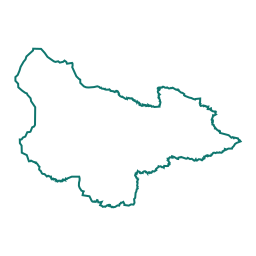 Dan Chang, Suphan Buri, Thailand (Albers equal-area conic projection)
{"feature_id": "78962969B17842271183719", "entity_name": "Dan Chang", "entity_type": "district", "adm_level": 2, "iso_a3": "THA", "parent_name": "Thailand", "parent_adm1": "Suphan Buri", "projection": "albers", "projection_center": [99.604, 14.892], "detail": "fine", "context": "isolated", "style": "outline", "palette": "teal", "viewbox_px": 256, "rotation_deg": 0, "n_neighbors": 0, "source": "geoboundaries", "source_scale": "gbopen_adm2", "svg_char_len": 5825}
<svg xmlns="http://www.w3.org/2000/svg" viewBox="0 0 256 256"><path d="M18.1,83.7L18.3,87.3L22.1,90.6L25.2,92.8L26.9,93.4L27.5,94.9L30.6,98.3L31.1,101.2L35.2,107.2L35.0,124.9L34.1,126.5L32.2,127.3L30.5,131.6L29.8,132.0L27.3,132.2L25.3,136.6L23.0,137.5L21.7,139.3L20.9,139.6L19.8,139.5L19.9,143.2L21.6,145.6L21.8,152.7L26.8,155.1L28.9,161.3L30.2,161.2L31.0,160.6L33.3,161.8L36.0,162.5L35.8,163.1L36.6,163.3L37.4,164.0L38.7,166.1L39.5,166.7L39.1,169.3L39.7,170.3L40.6,170.7L41.9,173.3L42.5,173.8L44.6,174.1L46.9,176.5L47.7,175.9L48.4,175.8L49.2,176.4L49.7,176.3L50.7,177.2L51.0,177.0L51.2,178.6L51.9,179.3L52.8,178.7L53.3,179.3L53.6,178.9L54.0,179.2L54.9,179.0L56.0,179.6L55.7,180.5L56.5,180.5L56.5,181.2L57.3,181.1L57.7,181.5L58.7,180.7L59.8,180.7L60.6,180.9L60.5,181.4L60.9,181.5L61.4,180.8L62.4,181.2L62.8,180.8L62.5,180.1L62.8,179.6L64.7,180.2L64.4,179.7L65.0,179.8L65.8,179.1L65.9,178.6L66.8,179.1L67.5,178.4L71.7,176.7L79.2,176.7L79.6,178.2L79.6,180.2L79.0,182.7L78.9,185.8L79.6,187.8L81.5,190.7L83.7,191.4L83.1,192.5L82.6,195.2L89.5,196.3L91.6,200.7L92.5,201.6L94.2,201.8L94.4,201.4L95.8,201.9L97.5,199.4L97.4,200.5L98.4,201.8L98.3,202.3L99.5,202.5L101.7,201.9L100.1,205.2L101.8,205.8L102.8,206.8L104.3,206.5L105.2,206.8L107.2,205.3L108.7,205.9L108.7,204.9L109.5,204.8L110.0,204.9L110.7,206.4L111.8,207.2L112.7,206.8L113.2,207.3L115.2,206.9L117.5,205.4L119.2,205.6L119.7,203.9L120.7,203.4L121.0,202.7L121.9,202.7L123.3,201.9L124.5,204.3L124.4,205.0L128.8,205.6L131.1,204.4L133.5,204.6L134.5,202.8L134.1,199.1L135.2,197.8L135.6,192.8L136.3,191.6L136.7,189.3L137.7,188.5L137.3,187.6L137.7,186.6L137.1,185.8L137.6,182.9L137.2,182.5L137.4,181.9L137.1,181.6L138.1,179.3L137.3,178.9L137.4,178.3L137.0,178.2L136.2,177.6L136.1,176.5L135.6,176.1L135.9,175.7L135.6,175.9L135.1,175.3L135.6,173.8L136.0,173.9L135.9,173.5L136.7,173.5L136.6,172.7L137.2,172.6L137.7,171.2L138.0,171.6L138.3,171.4L139.7,171.8L139.8,172.9L140.9,173.3L141.9,172.8L142.7,173.0L142.8,172.2L143.5,171.6L145.0,171.2L146.1,171.8L146.0,172.3L146.8,172.4L147.3,173.1L147.3,172.8L148.0,172.9L148.6,172.5L149.0,172.8L149.2,172.2L150.1,172.4L150.0,172.8L151.0,172.9L151.5,172.7L152.5,171.2L154.2,171.5L155.6,170.6L155.6,170.2L156.3,170.1L156.1,168.9L158.5,166.9L158.6,166.3L159.3,166.6L160.7,166.3L162.1,167.3L163.2,167.0L163.8,167.6L164.2,165.9L167.0,166.1L168.2,165.9L168.5,164.9L169.1,164.6L168.4,164.0L169.1,163.2L169.6,163.3L169.7,162.8L168.3,161.0L168.5,159.9L167.8,159.8L168.4,158.9L168.1,158.6L168.7,158.5L169.8,157.3L172.0,157.6L171.7,157.1L172.0,156.2L174.2,157.0L177.3,158.9L178.2,159.0L178.4,157.7L180.2,157.2L180.8,157.4L181.2,157.0L186.1,158.7L186.9,158.6L187.7,157.8L190.0,159.1L191.8,158.8L194.3,160.7L194.9,160.6L195.8,159.3L196.1,160.1L196.9,160.6L198.8,159.2L201.1,159.5L201.4,160.1L202.0,160.3L203.0,159.3L203.1,158.3L204.4,158.5L204.6,157.9L204.2,156.6L205.4,156.3L206.3,155.5L207.3,155.3L207.2,156.2L207.6,156.4L209.1,155.7L210.7,155.9L211.5,155.2L211.4,154.5L212.1,154.3L213.3,152.8L214.3,152.7L215.7,153.1L216.9,152.4L217.4,152.7L219.1,152.7L219.5,152.3L221.2,152.8L222.5,152.2L222.6,151.3L224.5,150.5L224.6,149.9L225.3,149.9L225.1,149.0L226.7,149.5L228.3,148.6L232.0,148.6L232.4,147.4L233.6,146.3L235.1,143.9L236.7,142.9L240.6,141.4L239.6,140.1L238.8,140.2L238.0,138.4L234.4,137.6L233.9,138.2L232.8,137.1L231.4,137.7L228.7,135.2L220.0,132.9L220.0,131.4L219.1,131.3L219.2,130.7L217.5,130.3L215.8,128.4L215.7,128.7L214.9,128.5L215.0,127.4L213.9,126.0L213.8,125.1L212.4,124.5L212.7,122.0L212.1,122.1L212.2,121.2L212.4,120.6L212.9,120.9L212.9,120.4L212.2,120.4L211.6,119.8L212.8,116.9L213.1,115.2L214.1,115.5L216.0,114.4L215.5,114.0L215.2,112.5L215.9,111.9L215.6,111.5L213.1,111.4L211.5,110.6L211.2,109.6L210.9,109.7L210.9,108.4L210.1,108.7L210.1,109.3L207.7,109.1L208.3,106.6L206.5,106.8L206.4,106.4L205.2,105.9L203.8,106.2L203.6,105.5L200.7,105.9L200.0,104.8L200.5,103.6L199.7,103.0L200.1,101.7L200.2,98.5L195.5,99.0L195.2,99.5L193.4,99.0L191.3,98.0L189.3,97.6L185.0,95.9L184.1,95.3L184.3,94.1L182.4,92.8L181.3,92.7L178.7,90.7L178.7,90.2L177.5,90.0L177.6,89.5L175.8,89.6L172.7,87.7L171.8,88.2L171.0,87.9L169.9,88.4L168.7,88.4L167.1,87.4L166.3,87.8L164.8,87.6L163.6,86.8L162.6,86.8L162.3,87.4L160.4,87.5L160.4,87.8L158.4,87.6L157.8,88.1L157.7,88.7L158.3,89.2L159.1,88.2L159.7,89.6L159.0,90.3L158.3,90.2L157.8,91.4L158.0,92.6L159.3,93.9L158.9,94.6L159.5,94.8L158.8,95.4L158.6,96.3L159.1,97.3L158.5,97.8L159.7,99.3L160.0,100.7L159.7,101.3L160.5,102.1L159.9,105.0L159.3,105.3L159.5,106.6L154.2,107.0L153.3,106.3L151.8,106.7L151.1,105.9L150.5,106.4L150.8,105.8L150.1,105.5L149.6,105.8L149.3,105.6L149.5,106.0L148.9,106.1L148.7,105.7L148.2,105.9L147.4,105.3L146.7,105.6L146.7,106.0L146.1,106.1L145.8,105.4L145.1,105.4L145.3,105.0L143.5,104.7L143.3,105.0L142.9,104.7L142.7,105.7L142.0,105.9L141.7,105.4L140.1,105.2L139.7,104.9L139.9,104.5L139.4,104.6L139.2,103.4L139.5,103.3L139.2,102.8L138.7,103.0L137.3,101.5L136.9,102.4L136.6,101.6L136.2,101.8L134.8,101.0L134.6,100.2L133.6,100.4L133.2,99.6L132.8,99.7L132.4,98.7L131.5,98.6L131.5,98.3L129.6,98.4L128.8,97.9L127.7,98.3L127.3,98.9L126.9,98.2L126.7,98.7L125.6,98.9L122.3,96.7L122.0,97.0L120.2,96.2L118.9,94.9L119.1,94.2L118.6,93.9L118.8,93.1L118.1,91.9L117.4,91.8L117.5,91.2L116.9,90.9L116.1,90.9L115.2,91.8L114.2,91.5L114.2,91.8L112.9,91.2L110.5,90.9L110.3,90.2L109.3,89.3L108.5,89.7L106.4,89.7L105.4,89.5L105.0,88.9L104.6,89.2L103.1,88.6L102.1,88.7L100.9,88.0L100.9,87.7L100.0,87.8L99.1,86.9L97.3,86.3L93.9,87.1L88.5,87.5L86.1,87.3L83.9,86.4L80.3,82.9L80.2,79.6L79.1,79.0L76.4,76.4L72.2,67.1L72.6,65.9L72.5,63.4L72.1,62.9L67.0,63.7L66.3,61.9L64.5,60.6L63.2,61.8L59.8,62.6L58.2,61.3L55.4,61.9L53.8,61.3L47.5,56.9L44.7,52.9L41.1,48.9L33.2,48.7L33.0,50.5L26.4,56.5L25.5,59.4L23.6,61.7L20.6,66.9L19.5,70.7L17.7,75.0L15.4,77.1L15.4,80.8L18.1,83.7Z" fill="none" stroke="#0f766e" stroke-width="2"/></svg>